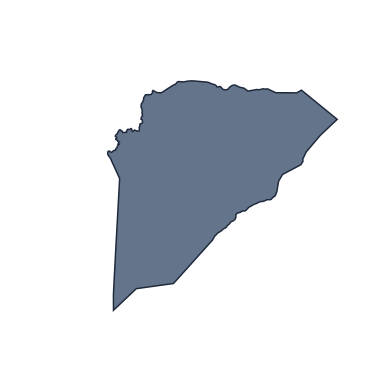 Nuevo Zoquiápam, Oaxaca, Mexico (Mercator projection), rotated 28°
{"feature_id": "50627088B31400461246224", "entity_name": "Nuevo Zoquiápam", "entity_type": "district", "adm_level": 2, "iso_a3": "MEX", "parent_name": "Mexico", "parent_adm1": "Oaxaca", "projection": "mercator", "projection_center": [-96.664, 17.249], "detail": "fine", "context": "isolated", "style": "filled", "palette": "slate", "viewbox_px": 384, "rotation_deg": 28, "n_neighbors": 0, "source": "geoboundaries", "source_scale": "gbopen_adm2", "svg_char_len": 2762}
<svg xmlns="http://www.w3.org/2000/svg" viewBox="0 0 384 384"><g transform="rotate(28 192 192)"><path d="M103.8,200.3L121.8,214.1L154.0,283.6L154.4,284.4L163.7,304.4L170.8,319.5L178.2,333.3L188.2,303.5L204.9,291.4L218.6,281.5L232.1,227.1L232.6,225.4L232.7,222.9L232.7,220.9L234.0,216.1L236.1,212.6L236.5,211.3L237.2,209.7L238.3,208.1L238.9,206.7L238.9,205.5L239.3,204.2L239.7,203.5L240.0,202.6L240.3,200.4L241.0,199.3L242.1,197.9L242.8,195.9L242.7,194.4L242.5,193.4L241.5,191.7L241.7,189.7L242.1,189.2L243.1,188.3L244.1,187.4L244.8,186.0L246.3,184.5L247.8,183.8L248.0,183.3L248.4,182.5L249.4,178.6L250.3,177.5L252.2,174.3L253.0,173.3L254.3,171.9L255.4,170.3L256.9,168.3L258.8,167.3L259.4,166.6L260.5,165.5L261.8,163.6L263.6,162.7L265.2,161.6L265.6,160.1L266.4,157.7L267.2,156.6L267.1,155.1L266.8,152.0L263.4,141.8L263.7,134.0L275.3,116.8L275.6,112.9L274.4,111.0L274.0,103.2L278.6,82.0L286.1,59.7L240.8,50.7L238.0,55.2L219.4,65.0L210.3,65.5L207.9,67.0L206.5,67.4L203.1,70.3L201.2,71.0L194.1,76.6L189.2,75.9L184.8,77.1L180.3,77.3L179.2,77.6L177.8,78.7L177.3,79.4L176.8,80.2L176.3,81.1L175.5,83.9L175.3,84.7L174.7,85.2L173.8,85.9L172.8,86.5L171.3,86.7L170.4,86.7L169.4,86.2L168.5,85.9L167.7,85.6L166.8,85.8L166.3,86.6L164.8,87.5L164.0,87.1L163.3,86.7L161.9,86.6L161.0,86.6L159.6,87.1L155.3,87.5L154.0,87.8L141.4,93.1L138.8,94.4L135.2,96.8L133.2,98.6L128.5,100.7L127.6,101.4L126.7,104.7L125.1,106.7L124.1,108.6L122.9,110.6L118.4,118.8L114.2,120.7L109.9,120.6L109.7,121.7L110.6,122.8L110.0,125.3L105.3,128.0L105.1,131.4L105.9,133.3L106.2,136.0L105.9,137.2L106.0,138.5L106.5,139.2L106.7,140.3L107.8,141.5L108.6,142.0L110.1,143.8L110.3,145.0L110.8,145.8L111.8,146.4L111.8,147.3L112.6,148.0L112.3,148.8L112.3,150.4L112.7,151.6L113.7,151.4L114.9,152.5L115.8,154.2L115.1,155.3L114.2,156.3L114.5,157.6L115.1,158.3L115.0,159.7L116.3,161.7L116.6,163.1L115.2,163.8L112.8,164.2L112.0,164.4L111.7,165.4L111.5,166.1L111.1,166.5L110.5,166.3L109.9,165.6L109.2,164.8L108.6,164.5L108.2,164.8L108.0,165.4L107.6,166.1L107.0,166.2L106.5,166.5L105.8,166.9L105.6,167.2L105.7,169.0L106.1,169.6L106.1,170.1L105.2,170.4L104.6,171.2L103.8,171.6L102.9,171.9L102.6,171.4L102.0,171.1L100.8,171.3L100.0,170.8L99.2,170.8L98.8,171.2L98.6,172.2L98.5,174.1L98.5,175.2L98.7,175.7L98.1,177.0L97.9,177.9L98.2,178.9L99.3,178.9L100.1,179.1L100.0,179.8L99.7,180.5L99.9,181.2L100.0,181.3L100.4,181.5L100.8,181.5L101.5,181.3L102.0,181.2L102.7,182.2L104.5,182.0L104.1,184.4L105.2,184.2L104.8,185.3L104.6,186.7L105.0,188.3L104.5,189.0L104.8,190.9L104.1,191.5L103.6,192.0L103.4,192.3L103.1,192.8L102.6,194.3L102.3,194.9L101.3,194.9L100.8,194.7L99.7,194.7L99.2,195.1L98.9,195.7L99.0,196.4L99.6,197.9L100.3,198.5L101.1,199.0L101.9,199.5L103.8,200.3Z" fill="#64748b" stroke="#1e293b" stroke-width="1.5"/></g></svg>